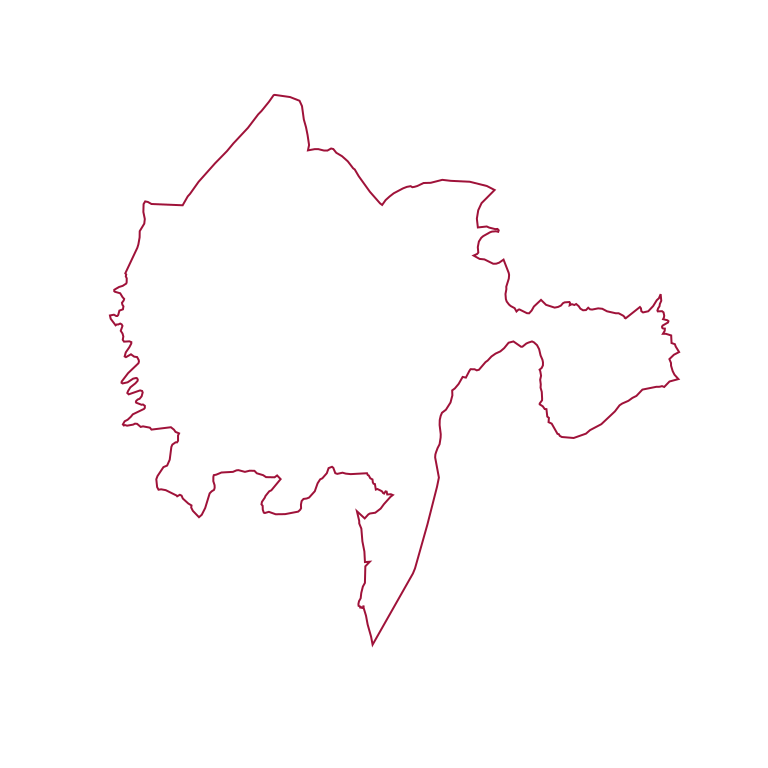 Atlahuilco, Veracruz, Mexico (Equal Earth projection), rotated 194°
{"feature_id": "50627088B44010048169487", "entity_name": "Atlahuilco", "entity_type": "district", "adm_level": 2, "iso_a3": "MEX", "parent_name": "Mexico", "parent_adm1": "Veracruz", "projection": "equal_earth", "projection_center": [-97.121, 18.686], "detail": "fine", "context": "isolated", "style": "outline", "palette": "rose", "viewbox_px": 768, "rotation_deg": 194, "n_neighbors": 0, "source": "geoboundaries", "source_scale": "gbopen_adm2", "svg_char_len": 6165}
<svg xmlns="http://www.w3.org/2000/svg" viewBox="0 0 768 768"><g transform="rotate(194 384 384)"><path d="M598.6,283.5L580.3,290.5L576.8,288.9L574.7,287.1L570.9,286.5L571.4,284.2L570.1,279.1L570.7,277.3L572.1,277.0L574.7,274.0L575.1,271.5L573.6,258.7L574.7,252.4L577.9,250.0L581.5,239.9L581.9,236.5L579.2,229.1L577.2,226.9L574.8,227.9L570.1,228.2L558.3,225.6L557.5,225.0L555.3,227.1L553.4,226.7L551.5,224.2L545.0,220.7L541.4,219.6L541.2,217.5L538.8,214.7L531.3,210.0L529.2,213.0L527.5,220.4L526.7,235.7L525.3,238.1L523.3,240.2L523.2,242.3L523.9,244.8L526.1,248.4L527.1,252.6L527.1,254.4L524.9,255.4L520.3,258.8L509.3,262.2L506.3,264.5L504.4,265.2L497.7,265.1L493.3,267.4L488.7,268.4L485.8,266.6L479.2,266.3L475.9,265.1L467.6,267.0L465.6,269.4L461.3,266.7L467.6,253.6L469.4,252.1L471.9,246.7L472.2,244.8L473.9,240.2L473.8,237.6L472.3,236.5L471.2,232.7L469.5,230.1L468.4,230.0L464.8,232.1L457.6,231.4L448.5,233.8L436.4,239.4L434.9,241.7L434.4,243.4L435.4,246.8L435.6,250.5L434.3,253.0L431.3,254.2L429.2,255.7L425.2,263.2L424.4,271.6L422.9,276.0L421.0,277.6L417.9,283.6L417.4,289.0L414.4,291.1L412.9,290.4L409.7,285.7L407.6,285.5L402.8,287.9L399.4,287.8L394.5,288.5L378.9,293.3L377.8,291.8L376.6,291.5L374.5,289.2L372.1,288.6L371.0,285.8L370.0,284.7L368.6,284.7L366.4,279.6L365.0,280.5L361.6,279.8L359.9,279.3L358.5,278.0L357.4,277.7L356.5,280.2L355.4,280.2L354.1,277.6L350.7,278.7L348.6,278.4L350.4,276.1L355.0,267.4L357.1,262.3L361.3,257.0L366.4,254.9L367.7,253.6L370.2,248.9L379.5,254.0L374.9,245.1L374.3,242.7L371.0,238.2L366.9,226.1L362.5,216.7L359.4,206.6L354.8,208.1L358.0,202.6L354.4,186.4L355.5,182.3L355.5,175.7L354.8,170.5L355.7,167.2L355.6,164.3L355.0,162.6L352.8,162.2L352.9,161.4L350.5,161.5L350.2,164.1L349.7,162.0L345.4,154.8L341.7,146.7L335.4,135.7L332.0,128.3L310.1,207.1L309.3,212.6L307.9,258.2L307.7,297.1L308.1,306.5L316.6,325.1L317.1,328.0L317.0,330.3L316.5,334.8L315.5,339.0L316.1,345.7L316.8,349.0L320.1,357.6L321.2,362.5L321.3,366.7L320.8,370.1L317.7,374.0L315.0,382.1L314.9,389.5L316.3,394.3L314.2,396.8L311.6,402.1L309.4,409.9L306.1,410.0L304.3,417.5L303.6,419.3L299.6,420.2L297.3,419.7L295.3,420.8L290.8,429.8L289.1,431.8L286.4,436.7L283.1,440.5L279.0,443.8L276.1,447.8L273.1,454.2L268.7,456.6L260.0,453.3L258.7,453.7L255.7,457.7L253.9,459.1L250.7,461.1L248.6,460.7L244.9,458.7L241.9,455.3L239.0,449.6L236.1,445.8L235.0,443.5L234.3,440.5L234.9,437.7L236.5,435.5L235.5,434.3L233.6,430.0L233.5,425.9L231.8,421.6L231.2,418.3L229.0,414.5L227.0,407.9L226.7,406.4L228.2,402.8L228.0,401.9L224.6,400.8L222.0,398.6L220.3,398.9L217.7,391.9L215.8,391.0L215.1,386.8L211.7,386.1L203.6,377.6L202.2,377.6L200.9,376.2L198.6,375.6L186.9,377.5L176.0,384.7L172.9,389.1L163.4,397.6L153.3,413.3L150.3,420.3L148.1,422.7L142.8,426.8L139.6,430.6L136.2,433.5L131.9,441.1L119.0,447.2L115.9,448.0L113.7,449.2L111.4,448.9L107.6,455.5L99.5,460.0L104.4,463.3L107.0,466.3L109.9,471.2L110.6,473.8L113.1,477.2L109.8,482.5L105.4,486.4L110.0,490.9L111.4,493.0L114.9,493.3L117.1,500.6L122.6,500.9L125.5,500.2L124.5,503.5L124.9,505.7L126.7,505.4L127.6,505.8L128.1,506.8L127.8,508.1L123.3,512.4L123.2,513.8L124.4,514.4L128.9,514.4L128.5,516.2L128.6,518.0L130.1,521.1L131.8,521.9L135.9,520.7L136.5,521.5L136.3,523.8L135.5,526.0L135.7,528.4L135.1,531.8L137.3,538.1L138.0,533.7L139.6,531.3L141.7,524.7L145.2,518.5L150.0,516.1L151.9,516.9L153.0,519.6L154.3,520.6L165.4,506.2L166.4,506.4L167.0,507.4L168.6,508.2L173.5,509.4L176.2,508.7L185.2,508.5L190.4,509.8L194.5,509.2L200.0,506.6L202.1,506.3L204.3,507.4L205.9,504.6L208.7,503.7L211.7,504.6L213.9,506.6L216.9,508.1L218.4,506.7L221.0,506.9L222.9,505.3L223.1,507.6L223.9,508.4L228.5,506.9L229.9,505.7L231.3,502.9L233.7,500.9L236.9,499.4L245.9,500.0L252.0,503.6L257.3,495.4L258.5,491.0L260.3,487.7L262.4,487.3L270.6,489.1L271.5,488.7L273.0,486.4L275.6,489.2L279.9,490.3L281.9,491.3L284.9,493.7L286.3,495.9L287.9,500.7L288.2,505.6L288.9,508.0L288.4,516.5L289.0,520.1L289.9,522.0L298.1,533.6L301.6,529.6L304.2,527.9L307.1,527.1L316.7,529.2L321.5,528.5L328.1,530.3L325.1,532.7L324.3,534.3L326.1,539.5L326.4,545.2L325.0,549.4L323.5,551.5L317.9,556.8L316.1,558.0L312.2,559.3L310.0,559.3L309.9,560.9L311.4,561.9L313.6,561.2L319.8,561.2L322.4,561.7L330.8,558.6L333.9,566.9L334.6,575.4L333.1,583.1L323.6,599.0L332.1,601.0L349.7,601.0L368.3,597.3L376.8,596.2L387.4,590.5L394.2,588.6L399.7,584.1L402.1,582.7L404.1,581.8L406.0,582.4L409.5,580.8L412.9,578.4L420.7,571.4L424.0,567.2L426.9,562.9L429.1,557.3L431.5,558.3L444.2,567.1L458.8,579.5L464.3,585.1L466.1,585.8L473.0,591.3L479.9,594.9L486.2,596.8L490.0,599.7L492.3,599.7L495.4,596.8L498.9,596.0L504.7,596.0L508.1,595.1L514.3,592.3L514.5,597.7L518.4,607.1L521.8,614.3L525.8,621.3L530.8,633.8L534.5,638.4L544.6,639.7L560.0,638.1L561.0,637.5L563.9,630.0L568.9,619.3L571.3,615.2L578.0,599.6L588.3,581.1L592.7,572.0L601.3,557.3L612.8,535.4L618.2,521.6L619.8,518.6L622.6,508.7L653.2,502.4L657.1,503.5L659.9,503.4L660.8,500.4L659.1,492.7L656.0,486.2L655.4,481.6L658.0,473.2L656.6,467.2L656.1,460.0L656.3,456.5L661.8,428.8L660.6,427.9L660.6,426.0L659.2,424.3L658.3,420.4L658.4,419.1L661.3,416.0L664.6,414.0L668.5,410.2L668.2,408.8L667.4,408.4L661.9,408.2L658.7,405.0L656.7,403.7L656.8,402.0L657.9,399.4L657.0,397.6L655.6,396.3L655.4,393.3L658.5,391.2L658.6,386.6L659.2,385.5L660.3,385.2L662.8,385.9L666.5,384.2L665.0,381.2L658.6,376.0L657.7,377.1L656.2,377.5L654.6,378.8L653.0,378.4L651.8,377.1L652.3,371.9L649.9,369.7L648.4,367.0L648.2,363.7L646.5,362.2L641.4,363.8L639.3,363.5L639.0,362.1L640.0,358.0L642.2,352.2L642.3,348.0L640.9,347.6L636.7,351.6L633.0,350.1L630.1,350.4L627.8,347.9L627.2,346.4L627.3,344.7L634.9,332.7L639.1,323.0L639.0,321.7L637.8,321.3L633.2,323.6L628.7,328.5L625.9,329.9L624.8,329.7L623.9,328.5L623.9,327.3L625.4,324.5L629.3,319.4L630.6,315.4L630.9,313.2L629.2,312.2L619.1,318.8L617.0,318.7L616.1,317.4L616.2,313.4L617.6,310.5L619.1,309.5L620.3,307.8L620.4,306.5L619.9,305.9L614.2,305.2L612.9,305.8L610.8,305.0L610.3,303.0L610.8,301.8L620.4,293.8L621.7,291.0L624.1,287.3L626.6,285.1L627.6,281.6L626.4,280.8L625.4,281.5L623.2,281.4L617.6,283.9L616.0,285.3L613.9,285.6L609.7,283.5L607.6,284.6L600.6,285.0L598.6,283.5Z" fill="none" stroke="#9f1239" stroke-width="2"/></g></svg>